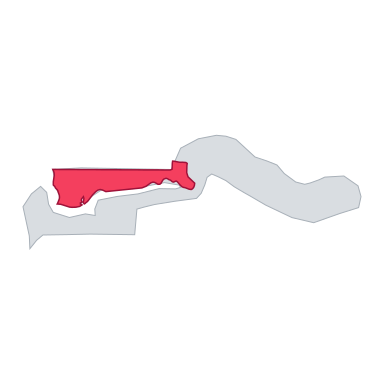 where North Bank sits in Gambia
{"feature_id": "GMB-5513", "entity_name": "North Bank", "entity_type": "Division", "adm_level": 1, "iso_a3": "GMB", "parent_name": "Gambia", "parent_adm1": "", "projection": "equal_earth", "projection_center": [-15.943, 13.489], "detail": "fine", "context": "in_parent", "style": "filled", "palette": "rose", "viewbox_px": 384, "rotation_deg": 0, "n_neighbors": 0, "source": "natural_earth", "source_scale": "10m", "svg_char_len": 2317}
<svg xmlns="http://www.w3.org/2000/svg" viewBox="0 0 384 384"><path d="M52.7,169.4L81.2,167.9L115.8,168.5L153.5,169.2L171.3,169.5L180.6,148.2L198.3,138.8L216.4,135.3L225.9,136.2L235.9,139.4L255.0,157.0L267.0,161.0L277.0,165.0L284.2,173.5L295.7,182.0L304.7,184.3L310.1,183.0L319.0,179.8L324.8,177.1L343.9,176.0L358.0,185.8L361.0,196.6L358.6,207.6L339.8,213.5L313.7,222.7L292.0,217.6L265.7,205.1L250.3,196.1L243.9,192.5L234.3,186.8L225.9,180.6L217.8,176.6L211.7,174.0L207.1,177.3L204.8,184.9L201.2,193.3L196.5,198.4L174.4,201.3L154.6,204.5L144.0,207.1L136.9,209.1L134.7,234.7L112.3,234.4L90.3,234.1L67.4,234.6L42.9,235.0L36.6,240.3L29.9,248.7L29.3,235.9L23.0,206.7L31.4,193.9L40.6,186.4L46.7,192.4L48.6,204.3L53.3,212.4L69.4,217.5L85.4,213.9L95.2,215.5L94.8,209.0L98.2,200.2L117.5,196.4L138.0,193.9L159.1,188.6L175.6,188.9L180.5,187.4L179.3,185.1L164.5,182.6L132.9,188.7L100.8,190.4L76.4,206.3L66.4,204.9L56.3,189.0L52.7,169.4Z" fill="#d9dde1" stroke="#a8b0b8" stroke-width="1"/><path d="M170.3,170.0L172.1,169.2L172.3,163.2L172.6,161.1L174.1,161.2L179.2,162.2L181.2,162.3L182.0,162.2L185.9,162.5L187.2,163.4L186.9,165.6L186.7,172.6L188.0,176.8L194.7,183.2L194.4,185.5L193.6,187.5L192.4,188.9L191.2,189.5L189.1,189.2L185.2,187.7L183.5,187.4L181.9,186.7L180.0,184.9L177.3,181.7L176.3,181.1L175.3,181.3L174.3,181.8L173.4,182.1L172.4,181.8L171.5,181.1L170.8,180.4L170.3,180.1L168.8,179.6L167.5,178.7L166.0,178.3L163.8,179.1L162.7,180.3L161.0,183.3L159.9,184.2L158.0,184.3L154.9,182.5L153.0,182.1L150.9,182.8L146.0,186.3L141.9,187.9L105.8,191.6L102.3,189.9L100.1,189.5L97.9,190.1L95.9,191.5L92.7,194.7L88.0,200.9L86.9,202.0L86.1,202.5L85.2,203.4L84.4,203.9L83.4,202.9L83.4,201.8L83.7,200.2L83.9,198.5L83.4,196.7L81.5,199.0L81.3,200.3L82.0,202.0L80.8,202.8L80.4,202.9L80.4,204.0L80.9,204.2L81.4,204.6L82.0,204.9L79.7,206.4L75.9,207.2L72.0,207.3L69.6,207.1L60.8,204.3L57.2,204.0L57.9,202.6L59.3,198.9L59.5,197.3L59.3,195.2L58.2,192.2L57.9,191.0L57.4,190.0L55.4,187.9L54.7,186.3L53.5,185.4L53.3,184.8L53.3,181.7L54.3,175.3L54.1,172.9L53.5,170.9L52.8,169.4L59.8,169.5L66.8,169.5L73.8,169.5L80.8,169.6L87.8,169.6L94.8,169.6L101.8,169.7L106.4,169.7L108.8,169.7L115.8,169.7L122.8,169.8L129.8,169.8L136.8,169.8L143.8,169.9L150.8,169.9L157.8,169.9L164.8,170.0L170.3,170.0Z" fill="#f43f5e" stroke="#9f1239" stroke-width="1.5"/></svg>